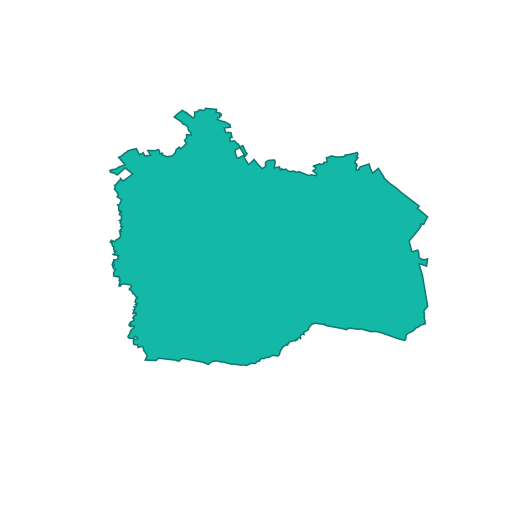 Puerto Escondido, Córdoba, Colombia, rotated 226°
{"feature_id": "7082276B3276683190429", "entity_name": "Puerto Escondido", "entity_type": "district", "adm_level": 2, "iso_a3": "COL", "parent_name": "Colombia", "parent_adm1": "Córdoba", "projection": "mercator", "projection_center": [-76.165, 8.994], "detail": "fine", "context": "isolated", "style": "filled", "palette": "teal", "viewbox_px": 512, "rotation_deg": 226, "n_neighbors": 0, "source": "geoboundaries", "source_scale": "gbopen_adm2", "svg_char_len": 6155}
<svg xmlns="http://www.w3.org/2000/svg" viewBox="0 0 512 512"><g transform="rotate(226 256 256)"><path d="M388.8,329.5L397.3,322.3L396.6,320.1L398.0,318.2L398.8,318.4L400.3,316.9L400.7,315.7L400.5,314.0L402.2,311.8L398.9,308.7L399.1,306.4L401.9,306.4L403.2,305.8L403.9,306.0L407.8,305.5L407.8,305.1L408.5,305.2L408.6,304.8L411.9,304.3L412.7,298.4L412.8,293.7L404.6,295.5L401.6,295.1L399.7,296.3L396.8,296.6L395.6,296.5L394.4,295.2L393.2,294.8L389.5,294.5L388.2,293.5L391.6,290.3L388.9,288.1L388.9,284.9L385.2,284.0L385.3,276.2L387.6,276.5L388.0,272.6L386.5,269.8L386.1,265.6L388.9,261.2L393.6,258.9L394.8,260.2L395.3,259.8L395.0,259.2L396.4,257.9L398.5,259.5L400.4,259.8L401.5,257.0L407.1,251.4L401.7,250.3L405.1,245.5L408.8,246.6L408.8,245.1L410.2,242.5L416.3,244.5L418.0,241.9L420.7,236.9L420.4,236.4L421.2,232.8L421.2,229.1L422.4,225.7L412.5,225.2L415.2,219.4L415.8,215.6L418.4,212.0L418.9,210.2L417.3,209.5L414.0,211.6L410.7,212.4L410.2,223.0L400.9,224.3L401.0,220.9L402.3,212.4L405.9,212.4L405.0,211.5L404.9,210.9L405.5,210.0L404.6,208.3L405.1,207.6L404.6,204.3L405.1,203.4L403.0,202.4L402.4,200.6L396.2,200.1L395.0,197.2L390.0,198.5L387.9,193.6L388.0,192.8L388.9,192.1L386.6,191.3L384.1,188.8L383.4,188.8L382.4,190.1L381.4,189.9L381.0,189.5L381.9,189.3L382.1,188.7L381.1,187.8L381.3,187.1L380.6,187.0L380.4,186.5L378.5,187.7L377.7,186.2L375.9,184.9L376.4,182.4L374.5,182.8L374.4,181.4L372.2,180.9L371.4,180.2L371.4,179.2L370.8,179.3L370.2,180.2L369.8,180.3L369.1,177.2L367.9,176.4L368.7,176.1L369.0,175.3L367.6,175.1L367.4,174.4L366.7,174.2L366.3,173.4L365.1,173.5L364.0,171.1L363.9,169.5L364.8,166.5L364.3,164.4L367.8,162.9L367.0,160.6L366.6,160.8L366.5,162.0L366.2,162.0L364.0,160.2L362.5,159.8L361.2,160.0L360.0,158.4L358.3,158.1L358.0,157.3L356.8,158.3L357.0,157.1L356.3,157.0L355.9,156.5L356.5,154.7L356.4,154.2L353.8,155.8L353.4,157.1L352.7,156.9L351.6,157.5L351.6,156.1L350.2,155.7L350.0,154.9L350.7,152.1L352.1,151.0L352.7,151.3L351.8,150.7L351.2,151.1L351.1,149.3L350.0,149.1L350.5,148.2L350.0,147.8L350.0,146.7L349.0,146.2L348.1,147.5L347.6,146.8L347.8,145.7L346.3,144.9L345.2,144.9L344.1,145.7L342.7,141.6L341.6,140.9L340.7,139.8L339.4,140.3L338.1,141.6L337.4,141.6L337.7,142.4L336.1,143.2L335.4,142.5L334.0,142.2L333.8,140.7L333.0,141.0L332.2,140.7L331.9,139.6L330.9,138.7L330.0,138.5L330.4,137.5L330.1,137.0L329.2,136.7L328.7,137.3L328.9,139.4L328.5,140.8L322.5,145.6L320.4,145.4L320.4,142.3L319.8,141.5L317.8,142.3L316.4,142.1L314.4,141.2L312.9,142.0L310.1,141.3L309.7,141.8L308.8,142.0L308.3,141.6L308.4,139.4L307.5,138.3L307.3,137.2L305.5,137.0L304.2,137.4L304.7,135.5L303.7,136.0L303.1,135.6L303.0,134.2L304.2,133.0L301.6,131.9L302.3,130.2L300.6,129.5L300.4,127.7L299.9,127.6L299.5,128.0L298.9,130.1L298.2,130.2L297.8,129.4L296.9,129.1L297.6,126.9L297.4,126.0L296.6,125.4L297.1,124.5L296.3,124.5L294.8,123.9L294.6,123.0L295.6,119.3L294.3,119.3L293.7,117.7L295.0,117.6L295.1,117.2L294.1,116.5L293.0,116.5L291.6,117.3L290.9,119.5L290.2,119.8L289.6,119.3L289.2,117.1L289.5,114.0L287.7,111.3L287.3,108.6L286.6,107.6L285.5,107.6L283.9,108.5L282.2,110.2L281.7,111.2L282.0,113.6L279.6,114.0L278.5,113.2L280.2,110.9L280.6,109.5L280.1,108.7L277.5,106.7L275.7,107.7L274.4,109.1L272.0,107.7L270.8,110.4L269.0,111.4L265.4,109.4L262.6,109.3L260.2,108.4L259.6,107.8L258.1,104.0L250.2,111.6L250.3,114.6L249.7,115.3L236.5,126.2L235.5,126.3L233.8,127.7L233.9,130.9L232.4,132.8L216.7,143.9L211.2,146.3L210.6,150.9L208.0,154.8L204.3,157.1L202.3,158.9L195.4,163.1L192.6,165.8L187.6,169.6L186.6,171.2L183.9,173.1L181.9,178.5L180.3,179.5L179.1,181.1L179.2,184.0L177.9,185.6L178.7,186.8L178.4,188.8L176.5,190.6L176.3,192.4L174.2,194.7L173.4,197.7L172.5,199.4L168.8,202.3L168.8,204.2L170.5,207.0L171.9,211.7L171.3,215.3L170.5,216.6L170.0,216.8L170.7,217.9L170.4,218.5L170.8,219.6L170.7,221.1L168.7,224.6L167.6,225.4L167.9,226.1L167.0,227.5L167.7,227.7L167.7,228.9L167.3,230.0L166.2,231.0L165.8,230.9L166.0,231.3L167.3,231.8L167.9,233.0L167.8,234.9L166.2,236.0L167.7,236.7L167.5,237.2L167.9,238.0L166.8,241.3L166.8,243.1L167.8,244.4L168.2,248.2L166.8,251.6L158.7,258.2L158.1,257.7L155.6,259.2L144.4,267.3L140.0,270.0L139.9,272.0L138.6,273.8L132.0,278.7L131.5,280.0L129.6,281.6L122.2,285.7L118.3,290.0L113.0,293.2L97.6,300.9L91.9,304.3L92.4,306.5L94.6,308.4L94.9,311.0L93.0,316.9L93.1,321.1L91.9,324.4L92.2,325.8L89.6,330.8L95.4,334.6L95.4,335.2L96.7,336.0L98.0,337.6L98.8,337.5L99.3,337.9L100.2,340.0L100.5,344.5L126.8,362.5L137.2,367.8L135.0,369.3L130.2,371.6L134.8,377.5L135.9,375.1L137.3,373.6L139.0,372.8L141.2,372.4L142.9,372.9L143.8,374.2L146.6,376.1L148.0,376.3L149.9,372.3L150.9,371.2L160.4,376.6L162.0,391.0L162.9,395.7L163.7,395.5L164.7,397.0L162.2,398.5L163.4,401.3L164.8,406.6L173.7,405.8L178.2,405.1L178.5,408.0L200.9,404.6L208.4,404.0L214.9,402.7L223.6,402.2L223.7,402.8L234.1,404.9L234.5,397.4L239.2,399.0L243.6,401.3L247.7,392.8L247.5,391.2L246.3,390.4L247.1,389.7L247.4,388.5L248.5,387.9L250.4,390.2L250.6,391.6L251.4,391.2L252.2,392.3L254.1,391.6L254.2,392.2L255.6,393.3L255.3,394.8L256.1,397.8L257.6,397.1L257.8,398.4L258.8,400.3L260.2,400.7L261.2,398.9L261.2,398.0L261.9,397.5L264.9,392.5L266.7,390.4L266.0,389.3L267.5,386.9L271.3,382.6L275.9,379.6L275.6,378.8L277.8,374.8L274.2,372.8L276.1,369.8L275.3,369.0L277.1,365.6L278.0,365.9L280.9,359.8L280.6,359.5L277.8,360.7L277.1,358.0L277.8,357.1L277.7,356.0L272.6,356.6L272.1,355.0L276.2,352.0L277.0,349.9L287.0,345.5L287.0,344.1L291.8,341.5L292.0,340.1L294.9,338.1L297.9,337.8L299.2,335.2L300.7,335.3L301.0,333.2L303.8,334.8L306.6,330.3L310.6,335.5L312.2,336.0L315.8,331.9L316.7,329.4L316.7,327.8L313.7,325.0L314.6,321.1L321.2,321.1L326.8,321.6L326.6,315.5L327.0,314.2L337.1,316.4L339.0,310.8L339.3,310.4L340.0,310.5L344.7,312.9L346.7,314.5L345.2,319.7L335.7,317.5L335.2,317.7L335.8,320.8L338.2,320.9L344.5,323.2L345.8,320.2L348.8,321.0L348.8,320.4L353.8,320.6L356.3,316.9L359.4,319.4L357.9,321.1L362.1,323.7L362.9,322.5L363.7,322.5L365.7,319.9L370.2,322.1L366.4,327.1L368.6,328.5L374.4,326.7L376.3,325.3L381.0,323.1L382.1,324.4L380.8,326.1L381.9,327.4L381.1,328.3L382.2,329.6L383.1,328.8L383.8,329.4L387.3,327.2L388.8,329.5Z" fill="#14b8a6" stroke="#0f766e" stroke-width="1.5"/></g></svg>